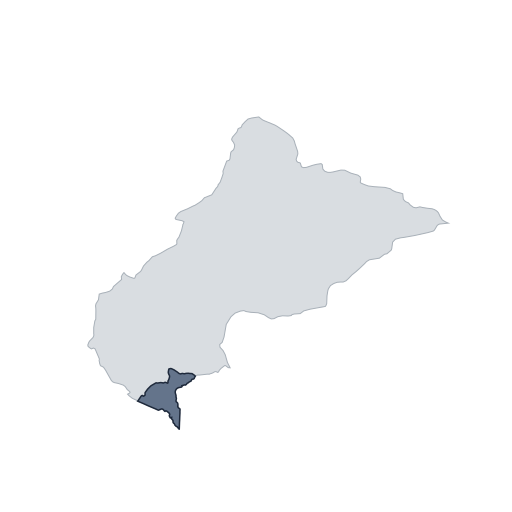 Sangha-Mbaéré highlighted on a map of Central African Republic, rotated 337°
{"feature_id": "CAF-802", "entity_name": "Sangha-Mbaéré", "entity_type": "Economic Prefecture", "adm_level": 1, "iso_a3": "CAF", "parent_name": "Central African Republic", "parent_adm1": "", "projection": "mercator", "projection_center": [16.411, 3.248], "detail": "fine", "context": "in_parent", "style": "filled", "palette": "slate", "viewbox_px": 512, "rotation_deg": 337, "n_neighbors": 0, "source": "natural_earth", "source_scale": "10m", "svg_char_len": 6566}
<svg xmlns="http://www.w3.org/2000/svg" viewBox="0 0 512 512"><g transform="rotate(337 256 256)"><path d="M347.7,195.3L352.0,196.4L352.7,197.7L351.5,202.1L352.4,204.8L354.8,207.1L357.2,208.1L359.6,208.7L367.8,210.1L371.2,211.7L375.7,216.8L381.4,221.4L382.8,223.9L382.5,226.1L380.8,228.8L381.1,229.9L383.7,232.6L386.7,235.4L392.1,238.5L401.6,243.3L405.9,246.6L407.3,249.0L409.8,251.7L413.1,254.1L415.4,256.0L413.8,261.3L414.3,263.1L415.1,264.6L417.1,266.7L417.9,269.3L419.9,272.7L422.2,274.2L426.1,274.8L428.1,276.3L432.4,279.0L436.5,281.3L438.3,282.9L439.4,284.3L440.3,285.9L440.8,287.6L440.9,291.2L441.6,295.6L443.8,298.7L445.9,300.9L437.4,298.3L436.2,298.3L434.7,298.7L430.3,301.9L428.9,302.3L423.3,301.6L409.9,299.1L399.5,296.7L396.4,295.8L390.9,295.0L387.2,296.6L383.8,302.3L382.8,303.4L377.4,305.1L374.9,304.6L368.7,306.2L359.0,303.8L355.6,304.3L352.9,305.5L346.0,308.1L341.8,309.5L336.9,310.9L332.3,312.9L329.2,314.0L326.1,314.0L323.4,312.9L320.4,311.9L316.8,311.7L313.0,312.3L309.8,314.5L308.5,316.1L305.8,320.4L302.5,327.4L301.2,328.8L300.1,329.5L285.0,326.1L278.5,325.2L274.2,326.3L268.7,324.4L266.3,324.0L265.2,324.6L262.1,323.8L257.1,321.4L252.4,320.4L248.1,320.7L245.5,319.9L243.4,317.6L240.7,313.4L235.8,309.1L229.2,305.8L225.1,303.2L223.5,301.5L220.0,300.6L214.5,300.4L209.3,302.1L201.9,307.3L194.9,318.1L191.1,322.3L188.0,323.3L187.2,325.9L188.7,330.1L189.1,334.8L188.1,342.9L188.5,348.8L186.8,347.9L185.2,345.1L184.5,344.6L179.9,345.8L177.5,346.9L176.3,348.0L175.3,348.2L173.9,346.7L172.7,346.4L170.9,346.7L169.1,346.7L167.9,346.5L167.1,346.6L164.9,345.7L157.1,343.4L155.7,342.7L154.1,342.8L150.1,344.7L147.9,345.3L141.4,346.5L134.4,347.1L131.8,347.1L129.9,348.0L128.7,349.3L126.6,356.7L126.0,358.0L126.1,359.9L125.5,365.9L125.8,367.8L117.4,384.2L116.0,381.5L115.2,378.3L114.8,374.6L115.0,373.6L114.5,372.5L113.8,369.5L114.5,367.6L113.9,365.5L112.3,363.5L110.8,362.0L110.0,360.6L109.3,360.0L107.6,359.8L105.5,359.1L96.2,349.4L86.5,338.6L84.6,335.1L83.8,333.0L86.1,332.8L86.7,332.4L86.8,331.5L85.3,328.7L84.6,325.1L83.4,323.0L79.7,319.7L76.0,317.1L74.9,315.8L74.2,314.0L72.9,302.2L72.2,298.9L71.1,297.4L70.3,296.7L70.0,295.9L70.1,293.8L70.6,291.9L70.6,291.2L71.6,289.6L71.6,278.7L70.4,277.2L68.2,277.2L67.1,275.6L66.1,273.6L66.4,272.2L68.5,270.0L69.9,269.1L74.0,267.4L75.1,266.5L75.9,265.4L76.3,264.0L78.7,258.4L82.3,252.8L83.8,251.6L87.4,243.4L88.2,241.3L88.8,239.2L90.0,237.5L93.9,234.7L96.8,229.8L100.0,230.1L103.3,230.8L107.5,231.2L110.8,230.3L112.9,228.4L123.1,225.1L123.9,222.5L125.5,221.1L127.4,219.9L128.0,219.7L128.2,220.6L129.3,223.3L131.6,226.0L135.0,229.0L136.0,228.8L138.1,226.6L143.4,225.2L144.8,224.5L148.5,221.3L153.1,219.1L155.7,218.4L160.3,216.2L163.6,216.5L168.8,216.2L177.6,215.1L183.9,214.8L187.1,214.4L187.9,213.9L189.1,210.8L190.1,209.9L192.5,208.5L197.1,203.8L200.2,199.7L201.1,198.3L201.7,198.0L203.1,196.3L201.7,194.6L196.5,191.0L196.6,190.5L196.3,189.9L196.6,189.4L198.6,187.9L201.3,186.3L204.1,185.7L211.6,185.8L217.9,185.4L219.4,185.5L224.4,184.7L227.8,183.9L231.3,182.2L239.2,182.4L245.7,178.0L247.6,177.2L248.5,176.5L248.7,175.8L251.8,174.1L255.2,170.5L258.0,167.3L258.7,165.0L266.1,157.2L268.7,157.4L270.0,156.4L273.0,151.2L273.9,150.3L276.9,149.4L278.4,147.8L279.7,145.5L279.7,142.7L279.1,140.4L279.1,139.3L279.8,138.3L281.0,137.3L286.7,134.5L288.1,133.2L289.0,132.0L290.5,131.7L292.3,131.9L293.4,131.1L294.6,129.8L298.5,128.1L302.2,126.8L306.0,127.3L312.9,129.1L314.9,132.8L315.9,134.1L324.5,142.8L326.1,144.9L330.3,151.3L332.9,155.6L335.9,161.7L336.2,165.1L335.8,167.9L335.2,176.0L334.4,178.4L330.7,182.7L330.5,184.7L331.3,186.3L332.4,187.0L333.1,187.8L332.7,191.6L334.0,193.1L336.9,194.1L344.0,194.7L347.7,195.3Z" fill="#d9dde1" stroke="#a8b0b8" stroke-width="1"/><path d="M153.5,342.8L152.3,343.4L151.7,344.1L151.1,344.7L150.0,344.8L149.3,344.5L148.9,344.5L148.5,344.6L148.1,345.0L147.8,345.3L147.6,345.6L147.1,345.8L146.7,345.8L145.5,345.8L145.1,345.9L144.3,346.2L143.9,346.3L143.1,346.2L142.9,346.3L142.4,346.5L142.2,346.7L141.8,347.0L141.6,347.1L141.4,347.1L141.0,347.0L140.8,347.1L140.4,347.2L140.2,347.0L139.9,346.8L139.6,346.6L139.3,346.6L138.5,346.7L138.3,346.6L137.7,346.4L137.4,346.4L137.0,346.4L137.0,346.7L137.1,347.0L136.4,347.5L135.8,347.5L133.4,346.9L132.8,346.9L132.1,346.9L130.8,347.3L129.6,348.1L128.7,349.2L128.2,350.5L127.9,353.0L127.2,354.8L127.2,355.5L127.0,356.2L126.0,357.6L125.7,358.2L125.6,359.0L125.9,359.6L126.2,360.2L126.4,360.8L126.2,361.9L125.1,364.1L125.2,365.4L125.5,365.9L125.9,366.4L126.2,366.9L126.1,367.6L125.2,369.4L124.6,370.9L124.2,371.7L122.9,374.4L121.6,377.2L120.6,379.2L119.3,382.0L117.8,385.2L117.7,385.1L117.3,384.9L117.3,384.6L117.5,384.3L117.5,384.0L117.4,383.9L117.0,383.6L116.9,383.5L116.9,382.9L116.8,382.7L116.7,382.4L116.5,382.1L115.9,381.5L115.6,380.7L115.3,380.1L115.3,379.9L115.3,378.8L115.2,378.2L114.8,377.6L114.7,377.2L114.7,376.5L115.2,375.5L115.3,375.0L115.2,374.4L114.8,373.3L114.7,372.7L114.8,372.4L115.0,372.0L115.3,371.6L114.9,371.5L114.6,371.5L114.2,371.5L113.9,371.5L113.8,371.3L113.8,370.9L113.7,369.9L113.8,369.1L114.6,368.3L114.8,367.6L114.7,366.8L114.5,366.2L114.1,365.6L113.7,364.6L113.0,363.7L112.8,363.5L112.5,363.3L112.2,363.3L111.9,363.4L111.5,363.5L111.4,363.4L111.2,363.1L110.8,361.6L110.6,361.0L110.1,360.4L109.5,360.0L109.0,359.8L107.8,359.9L107.7,359.9L107.4,359.7L107.2,359.7L106.7,359.9L106.2,359.9L105.8,359.7L103.6,357.3L100.8,354.4L97.9,351.4L94.9,348.1L92.4,345.5L90.4,343.4L90.6,343.3L95.2,340.3L95.8,340.0L96.2,339.9L96.5,339.9L96.9,340.0L97.1,340.1L97.2,340.3L97.4,341.0L97.6,341.1L98.0,341.1L98.8,340.9L99.2,340.8L99.6,340.6L99.7,340.3L100.4,338.6L100.9,338.2L104.2,336.2L107.6,334.8L108.7,334.4L113.5,333.8L114.1,333.7L114.5,333.8L114.8,333.9L115.0,334.0L115.4,334.3L115.7,334.5L118.2,335.1L118.9,335.3L120.1,336.0L120.4,336.2L120.6,336.4L120.8,336.6L121.1,336.7L121.5,336.7L122.6,336.7L123.0,336.8L123.3,336.9L123.6,337.2L124.7,338.3L125.0,338.5L125.2,338.4L125.4,338.3L125.5,338.1L125.7,337.9L126.0,336.9L126.1,336.7L126.3,336.6L126.9,336.1L128.0,335.0L129.2,333.5L129.4,333.0L129.5,332.7L129.6,332.3L129.6,331.9L129.5,330.7L129.6,329.8L129.6,329.3L129.8,328.9L130.1,328.2L131.3,326.4L131.7,326.1L131.9,325.9L132.5,326.1L133.4,326.2L133.6,326.3L134.3,326.8L136.4,329.2L136.4,329.3L136.5,329.5L138.3,332.2L139.1,333.8L139.3,334.1L140.4,335.0L140.6,335.1L141.8,335.2L142.1,335.2L142.3,335.3L143.8,336.3L144.0,336.4L144.9,336.6L145.8,336.7L146.0,336.8L146.8,337.1L147.7,337.4L148.1,337.6L149.2,338.3L150.7,339.0L151.0,339.2L151.2,339.3L153.4,342.8L153.5,342.8Z" fill="#64748b" stroke="#1e293b" stroke-width="1.5"/></g></svg>